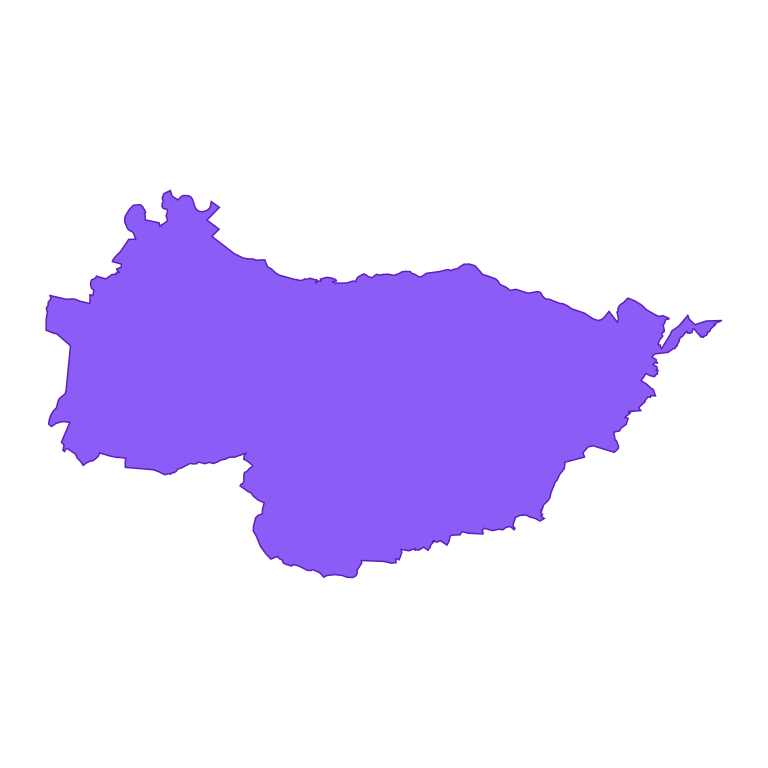 Gornesti, Mures, Romania
{"feature_id": "2599482B61997995106297", "entity_name": "Gornesti", "entity_type": "district", "adm_level": 2, "iso_a3": "ROU", "parent_name": "Romania", "parent_adm1": "Mures", "projection": "robinson", "projection_center": [24.739, 46.67], "detail": "fine", "context": "isolated", "style": "filled", "palette": "violet", "viewbox_px": 768, "rotation_deg": 0, "n_neighbors": 0, "source": "geoboundaries", "source_scale": "gbopen_adm2", "svg_char_len": 6076}
<svg xmlns="http://www.w3.org/2000/svg" viewBox="0 0 768 768"><path d="M482.9,534.0L483.1,532.4L482.0,530.8L484.2,528.3L492.7,530.6L498.8,529.2L502.8,529.8L506.3,527.3L510.2,526.5L514.1,529.7L514.9,528.9L514.9,528.1L513.6,527.0L512.9,525.1L515.7,517.0L518.2,516.4L519.5,515.4L526.4,515.1L529.8,517.0L534.9,518.3L540.0,521.0L544.3,518.5L540.9,516.0L542.6,514.8L540.9,512.6L541.4,511.3L540.9,510.4L541.9,510.2L542.1,508.9L543.0,507.6L542.8,506.4L543.9,504.6L547.5,501.2L549.8,498.1L550.8,493.2L555.1,482.4L557.3,479.9L559.4,474.8L564.3,468.7L565.0,462.2L584.5,457.1L583.0,452.7L588.1,446.9L593.1,445.8L614.3,452.3L618.1,448.8L618.6,446.4L616.2,440.4L615.2,440.2L613.8,432.2L619.7,430.8L621.2,427.9L626.1,424.5L628.1,418.4L624.9,417.4L630.3,413.0L628.5,412.1L628.8,411.5L640.7,410.6L638.6,407.6L645.0,401.8L644.5,401.3L648.0,396.9L650.4,397.4L650.8,395.7L655.5,395.9L653.2,389.4L651.0,388.2L647.0,384.4L641.1,380.7L646.0,373.6L650.6,375.9L652.9,376.1L653.6,376.8L655.0,376.2L655.3,375.2L657.5,373.8L657.4,371.4L658.0,370.4L656.3,370.1L657.2,368.6L656.8,366.7L653.1,364.7L654.9,362.7L658.0,363.2L656.2,361.8L656.1,359.5L652.2,357.5L653.0,355.3L655.4,353.8L667.9,352.4L673.0,348.9L675.1,348.4L675.1,347.6L677.3,345.6L676.8,345.3L679.2,341.2L679.6,338.9L680.7,337.4L682.5,336.3L686.6,331.3L687.1,331.4L687.5,333.0L689.6,333.3L692.0,332.5L692.8,329.0L694.4,329.3L699.0,334.8L700.5,335.1L700.0,335.9L700.3,336.4L701.5,337.2L702.6,336.6L703.5,337.2L703.9,336.4L706.5,335.2L707.4,333.7L707.4,332.2L709.4,331.7L711.1,328.5L715.0,325.1L714.1,324.2L715.9,323.8L717.2,322.0L718.7,322.0L721.9,320.5L706.3,321.0L694.9,324.7L689.1,319.0L687.8,315.4L678.8,326.1L671.8,331.0L670.4,334.2L661.6,348.6L660.4,347.0L660.4,345.1L658.2,344.7L658.7,342.5L659.6,340.0L662.8,336.0L661.9,334.5L662.0,333.3L662.8,332.1L663.6,332.4L664.4,330.9L663.2,325.2L664.6,323.1L665.3,320.3L666.6,319.2L668.9,319.0L668.9,318.3L662.8,315.6L659.7,316.5L657.0,315.7L646.7,309.9L641.3,304.8L635.0,301.0L628.3,298.2L627.4,298.4L623.0,303.2L622.3,303.2L619.4,305.6L618.1,308.3L618.0,311.5L617.0,312.0L618.5,319.1L617.3,322.2L609.1,311.4L603.5,318.1L601.2,319.7L598.0,320.5L593.4,319.0L584.4,313.1L571.6,308.8L567.3,305.7L563.1,303.8L559.1,303.2L549.2,299.2L545.6,299.0L542.7,296.2L541.0,293.1L539.5,292.0L537.4,291.6L528.0,293.2L516.0,289.3L510.2,290.4L506.2,287.3L500.0,284.4L498.1,281.1L495.7,278.9L486.1,275.4L483.1,274.9L475.1,265.8L469.6,264.1L464.0,264.2L459.4,267.0L458.3,268.3L453.1,269.5L450.6,270.9L449.9,270.0L447.4,269.6L439.8,271.5L426.4,273.3L421.0,277.0L418.3,276.4L414.3,274.0L412.3,273.6L410.2,271.6L405.5,271.3L401.6,272.0L399.0,273.6L393.7,275.4L388.4,274.2L382.9,274.4L379.2,275.3L377.1,274.2L374.6,275.5L372.8,277.6L368.4,276.8L366.0,274.8L363.7,273.9L358.4,276.7L356.7,278.8L355.8,281.6L353.4,280.9L346.6,283.0L334.8,283.2L333.0,281.7L336.4,281.0L335.8,279.7L331.5,278.0L326.7,277.3L320.4,279.1L321.0,281.3L318.1,281.0L316.5,282.8L315.6,282.5L317.2,280.6L316.6,279.6L315.2,279.8L310.5,278.3L309.0,278.4L307.2,279.6L305.0,278.8L302.3,280.3L298.5,280.4L297.5,279.6L295.8,279.7L279.7,275.3L275.7,273.0L271.6,269.1L267.5,266.7L264.7,259.8L256.5,260.2L252.6,258.9L249.3,259.0L243.4,258.1L234.1,253.6L211.9,236.4L219.1,229.2L206.9,220.1L219.4,207.4L211.3,201.6L210.5,206.1L209.3,208.5L206.7,210.5L203.5,211.6L199.8,211.6L196.6,209.7L195.2,207.6L192.6,199.5L191.0,197.1L188.5,195.7L183.5,195.5L181.6,196.3L178.0,199.9L172.0,196.0L170.4,190.5L163.8,193.7L162.2,197.9L163.2,201.7L162.1,203.7L162.0,206.2L163.2,208.4L167.2,209.5L167.5,211.8L166.1,215.8L167.5,219.8L166.8,221.4L162.9,224.3L161.4,224.6L161.0,226.0L159.5,225.9L159.1,222.8L145.0,219.8L145.3,216.6L144.6,213.4L145.6,212.7L145.1,210.8L142.4,206.4L140.9,205.1L139.8,204.7L133.5,205.2L129.7,208.9L125.4,215.8L124.8,218.4L124.7,222.1L127.6,228.8L129.1,230.3L132.5,231.9L133.7,233.7L135.7,239.2L128.7,239.4L120.4,251.7L115.4,256.6L112.7,260.4L112.4,261.6L121.1,263.9L121.4,266.0L120.7,267.5L116.7,268.8L117.3,271.1L119.3,272.2L119.0,272.6L115.9,273.1L115.8,274.3L112.0,274.5L105.7,278.9L96.4,276.1L95.6,278.1L91.8,279.7L90.9,281.5L90.5,284.3L91.5,288.3L93.5,289.8L93.6,290.7L93.0,295.6L90.0,294.7L89.9,303.5L80.0,301.2L74.5,299.0L65.9,299.2L50.0,295.5L51.1,298.7L48.1,302.3L48.2,305.2L46.3,308.1L47.4,312.4L46.2,318.8L46.1,330.3L54.2,333.4L56.4,333.6L70.5,345.7L66.1,390.2L65.2,393.7L59.4,398.6L58.4,400.4L56.3,408.0L53.7,410.5L51.0,414.7L49.2,420.1L48.7,424.1L51.4,426.5L56.0,423.5L60.8,421.9L64.3,421.6L69.8,422.5L61.4,442.2L64.0,445.0L63.0,450.3L64.6,451.5L65.8,449.0L67.3,448.6L74.6,453.4L75.8,454.8L77.3,458.2L80.8,461.7L83.2,465.4L86.4,463.0L89.8,461.2L92.8,460.8L96.1,458.3L98.1,456.5L99.7,452.9L110.3,456.1L117.9,457.6L118.1,457.2L125.7,458.2L125.2,462.9L125.4,467.4L153.0,469.7L158.8,471.7L164.5,474.6L166.0,474.6L168.0,473.6L170.3,474.2L171.7,473.1L174.7,472.3L176.2,471.3L177.8,469.1L182.0,467.7L190.2,463.4L193.5,464.0L197.0,463.6L197.6,462.4L199.3,462.2L204.7,463.7L209.1,462.4L213.6,463.5L218.1,461.7L220.8,460.0L225.0,459.3L229.5,457.2L234.4,457.2L245.7,453.3L244.3,455.6L243.7,459.2L247.7,461.3L252.4,465.3L252.5,466.5L249.9,468.1L246.5,471.7L244.7,472.3L243.9,474.2L243.9,481.4L242.4,484.0L241.1,484.1L240.1,485.9L248.4,491.8L251.1,492.8L252.9,495.7L257.9,499.9L264.2,502.9L262.5,509.1L262.2,513.9L258.1,515.4L255.7,517.7L253.4,526.7L253.4,531.3L256.3,536.1L260.5,546.4L265.8,553.7L270.9,559.1L277.2,556.5L279.7,558.9L282.3,560.1L283.3,563.0L285.3,564.0L291.0,565.9L292.0,565.9L293.4,564.5L298.4,565.8L307.1,570.2L310.5,570.6L312.9,569.7L319.9,572.8L323.8,577.2L326.9,575.5L334.9,574.6L342.0,575.4L347.2,577.3L352.7,577.5L355.6,576.1L356.8,574.2L357.3,572.4L356.9,570.5L361.7,563.1L361.3,560.5L383.5,561.4L391.7,563.2L396.1,562.6L395.7,559.0L397.4,558.9L399.0,559.8L400.8,555.7L401.8,552.3L401.0,549.4L409.0,550.8L415.0,548.6L415.1,550.2L418.1,549.6L418.5,550.2L423.7,547.2L428.0,550.3L429.9,547.7L431.1,544.4L433.7,542.0L432.6,541.4L433.4,540.6L436.8,542.2L440.3,540.7L447.0,545.1L449.2,540.9L450.1,536.3L451.4,535.2L460.1,534.8L461.1,532.9L462.6,531.7L467.8,533.2L482.9,534.0Z" fill="#8b5cf6" stroke="#5b21b6" stroke-width="1.5"/></svg>